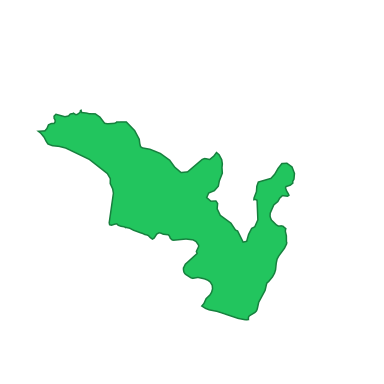 the border of Ardebil, rotated 148°
{"feature_id": "IRN-3230", "entity_name": "Ardebil", "entity_type": "Province", "adm_level": 1, "iso_a3": "IRN", "parent_name": "Iran", "parent_adm1": "", "projection": "mercator", "projection_center": [47.857, 38.431], "detail": "fine", "context": "isolated", "style": "filled", "palette": "green", "viewbox_px": 384, "rotation_deg": 148, "n_neighbors": 0, "source": "natural_earth", "source_scale": "10m", "svg_char_len": 2863}
<svg xmlns="http://www.w3.org/2000/svg" viewBox="0 0 384 384"><g transform="rotate(148 192 192)"><path d="M211.7,54.0L211.8,54.1L212.9,54.4L214.6,55.5L219.8,60.3L234.0,77.5L239.8,82.9L242.2,86.1L244.1,90.1L243.2,90.4L241.0,91.1L236.5,94.1L231.2,95.2L228.4,96.7L225.9,99.0L224.3,102.1L224.2,105.9L225.3,108.8L227.4,111.7L232.2,116.4L237.1,118.4L238.3,119.7L240.9,125.2L241.3,126.5L241.3,128.1L240.9,129.5L240.2,131.0L239.5,132.1L239.4,132.1L235.9,134.3L220.3,137.1L220.0,137.8L220.0,138.6L219.8,139.3L215.4,142.1L214.6,143.3L214.8,147.8L216.5,150.9L222.0,155.3L233.2,160.9L234.2,161.8L234.5,162.7L234.9,164.3L234.5,166.4L234.7,168.2L238.8,171.5L240.1,173.5L241.6,174.9L244.2,175.0L248.5,173.0L250.5,173.0L251.5,175.3L252.1,178.2L253.2,179.7L254.5,180.9L255.9,183.1L257.3,184.7L258.6,186.4L260.7,189.1L261.8,190.5L264.1,194.4L266.8,197.0L267.2,197.0L267.7,198.2L270.4,200.6L272.2,202.9L272.7,204.9L274.7,205.7L277.9,206.5L279.2,207.9L278.5,209.8L259.3,232.6L257.6,236.7L256.9,242.4L254.2,246.6L254.0,252.5L261.8,274.1L275.8,296.2L280.5,301.1L285.9,305.3L288.7,309.0L288.8,312.0L288.4,316.7L289.1,322.2L290.1,324.9L284.4,321.8L281.4,322.7L278.1,325.0L275.0,324.6L272.6,323.2L271.0,323.9L269.9,325.7L269.9,327.5L268.8,329.4L266.2,330.0L259.9,323.2L256.4,321.9L253.9,322.6L252.7,322.2L251.6,321.6L250.8,321.7L249.6,319.2L248.4,318.6L245.5,318.7L244.2,319.2L243.5,320.1L242.8,320.1L243.3,318.5L243.5,317.9L239.6,314.8L237.8,312.9L232.6,309.5L230.4,304.3L229.7,296.6L227.5,294.6L221.3,291.3L219.4,291.0L218.8,291.3L210.6,286.2L208.1,274.5L208.8,264.7L210.7,260.6L211.6,257.7L210.7,255.7L205.0,250.5L198.4,241.4L194.1,230.8L193.5,222.2L191.0,214.3L185.1,211.4L166.1,214.2L163.6,213.7L162.5,212.8L159.8,210.2L154.4,210.9L150.3,212.5L149.3,209.2L149.7,203.6L151.4,199.7L153.6,196.9L156.3,191.9L163.0,186.9L166.6,183.0L172.3,181.3L178.4,182.3L182.5,179.5L180.9,174.2L176.5,171.7L176.4,168.6L179.6,164.4L180.4,157.2L175.5,144.9L175.3,136.7L174.0,134.8L175.2,122.4L171.8,121.2L166.4,126.1L160.7,129.5L157.2,129.2L150.9,133.5L141.2,150.5L142.3,152.2L143.6,152.7L142.5,154.1L137.2,158.1L134.0,162.5L130.5,165.3L117.8,161.7L112.3,163.3L106.5,166.4L100.7,168.5L96.3,166.1L93.9,160.2L95.3,153.4L98.7,148.9L101.0,147.6L101.8,146.1L105.0,145.7L109.5,146.8L110.6,145.8L111.2,142.8L111.3,139.6L111.5,137.9L113.2,137.8L117.2,141.0L120.9,140.3L124.3,138.4L129.5,137.7L136.9,132.6L138.6,130.2L139.2,128.2L139.5,126.1L137.9,119.4L136.7,117.2L134.1,115.9L132.9,114.6L132.8,113.5L132.5,113.3L131.9,111.1L132.4,110.8L133.3,109.7L133.8,108.9L135.2,104.8L138.2,99.9L138.5,98.8L139.4,97.8L143.4,95.3L151.8,92.0L152.8,91.5L155.4,90.0L158.2,87.1L162.4,81.7L165.1,79.4L168.7,77.4L174.6,75.4L176.5,75.2L177.6,74.4L182.1,69.9L183.6,69.0L193.8,63.2L197.4,59.5L198.7,58.2L200.4,57.0L202.4,56.5L208.8,56.6L209.9,56.3L210.8,55.5L211.7,54.0Z" fill="#22c55e" stroke="#15803d" stroke-width="1.5"/></g></svg>